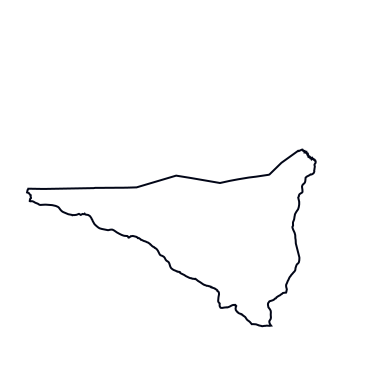 the district of Luangwa, Lusaka, Zambia, rotated 33°
{"feature_id": "96606910B48730551364911", "entity_name": "Luangwa", "entity_type": "district", "adm_level": 2, "iso_a3": "ZMB", "parent_name": "Zambia", "parent_adm1": "Lusaka", "projection": "albers", "projection_center": [30.16, -15.353], "detail": "fine", "context": "isolated", "style": "outline", "palette": "ink", "viewbox_px": 384, "rotation_deg": 33, "n_neighbors": 0, "source": "geoboundaries", "source_scale": "gbopen_adm2", "svg_char_len": 5884}
<svg xmlns="http://www.w3.org/2000/svg" viewBox="0 0 384 384"><g transform="rotate(33 192 192)"><path d="M60.4,287.1L60.9,288.0L61.4,287.9L62.3,287.2L63.4,286.6L64.6,286.4L65.9,286.4L67.2,286.2L69.0,285.8L70.9,285.8L71.5,285.6L72.1,285.3L73.0,284.6L76.0,282.4L81.8,279.2L82.3,279.0L83.4,278.6L85.3,277.9L87.6,277.5L88.8,277.6L91.2,278.5L92.3,278.8L93.5,279.0L94.7,279.0L100.4,278.0L103.8,276.6L104.3,276.7L104.7,276.2L106.2,275.2L107.6,274.0L109.1,271.9L111.2,271.8L112.2,270.0L113.4,269.5L113.7,269.1L113.8,268.7L114.2,268.9L114.8,268.9L115.5,268.7L117.0,268.0L117.6,267.8L119.4,267.8L119.9,267.9L122.2,268.9L122.6,269.3L123.2,269.5L123.1,269.4L123.6,269.7L124.2,270.2L124.7,270.5L127.6,272.0L128.9,272.3L130.7,272.6L132.6,272.8L133.9,272.8L134.5,272.7L136.5,272.1L142.3,269.8L142.7,269.5L143.9,268.2L144.8,267.5L145.8,266.9L147.6,266.7L151.5,266.8L152.4,266.7L154.0,266.6L156.4,266.3L158.2,265.9L159.3,265.5L161.7,264.2L162.3,264.2L163.0,264.4L163.4,264.8L163.6,264.8L163.9,264.6L164.1,264.3L164.3,263.6L164.8,262.7L164.8,262.3L164.9,262.2L165.6,261.8L166.3,261.1L168.3,260.4L169.8,259.9L170.1,260.0L171.0,259.8L171.7,260.2L172.0,260.1L172.2,259.9L172.5,259.6L174.5,259.6L175.2,259.9L175.7,259.7L175.9,259.6L178.3,259.3L180.0,258.8L181.7,258.6L183.0,258.3L183.6,258.4L184.7,258.4L185.3,258.5L185.6,258.7L186.0,258.6L187.6,259.0L189.2,259.1L189.4,259.0L190.4,258.9L191.1,259.2L191.5,259.0L193.1,259.1L193.7,259.2L195.3,259.8L197.9,261.3L198.9,261.9L199.4,262.1L200.5,262.1L201.6,261.8L202.8,261.7L203.6,261.7L204.2,261.8L205.2,262.2L206.7,263.1L208.0,263.5L210.2,263.5L210.9,263.7L211.9,264.3L214.3,266.3L215.3,266.9L216.0,267.2L216.6,267.3L217.9,267.4L219.0,267.4L221.5,266.9L222.4,266.9L222.9,266.6L223.3,266.7L223.5,266.5L223.9,266.4L224.6,266.0L225.3,265.8L225.5,265.8L225.6,266.2L226.9,266.3L231.0,265.8L232.4,265.9L236.6,265.4L237.9,265.0L238.6,264.6L238.8,264.7L240.1,264.3L240.4,264.0L241.7,263.5L241.7,263.3L242.0,263.0L242.8,263.0L245.5,263.3L248.2,263.2L251.0,263.3L252.4,263.3L252.9,263.1L253.4,263.1L253.7,263.0L254.2,262.8L255.4,262.7L255.7,262.5L256.1,262.2L256.6,262.0L257.0,262.0L257.8,261.6L258.9,261.4L259.2,261.5L259.7,261.5L259.7,261.2L260.5,261.3L260.9,261.2L261.1,261.0L261.4,261.1L262.5,260.8L263.2,260.6L264.1,260.5L264.5,260.7L265.6,260.5L265.9,260.6L266.4,260.6L266.8,261.0L267.0,260.9L267.1,261.0L267.3,261.0L267.6,261.2L267.8,261.2L268.9,261.4L269.6,262.0L270.4,263.1L271.5,265.8L273.2,269.0L273.6,269.5L274.2,269.9L274.6,270.1L275.9,270.4L276.1,270.6L276.7,271.8L277.7,272.9L279.0,273.5L280.3,272.9L282.5,270.9L283.6,270.1L284.0,269.7L284.3,269.7L285.0,269.0L286.0,267.6L286.9,265.9L287.6,264.8L288.7,263.8L289.4,263.4L289.7,263.5L289.6,263.3L289.8,263.1L291.2,263.5L291.5,264.8L292.0,266.0L293.0,267.1L294.2,267.6L295.3,267.8L295.5,268.0L295.9,267.9L296.8,268.2L298.2,268.0L299.5,267.6L300.0,267.5L300.3,267.8L301.1,267.5L302.1,267.8L303.5,267.8L304.8,267.9L307.3,269.0L308.1,269.2L309.2,269.3L310.1,269.3L311.5,269.5L314.1,270.3L314.9,269.7L317.6,268.2L318.5,267.9L319.3,267.8L319.8,267.6L320.6,267.5L320.7,267.4L321.0,267.4L322.9,266.6L323.2,266.6L324.0,266.3L325.8,264.7L326.2,264.5L327.4,263.4L329.9,262.0L331.1,261.0L330.2,260.7L329.0,260.1L328.0,259.3L327.2,258.2L327.1,255.5L326.5,254.2L324.9,252.1L323.5,249.7L322.6,248.7L321.7,248.2L321.4,248.0L318.9,247.1L317.1,245.2L316.4,243.9L316.5,241.5L318.3,239.3L318.9,238.5L319.4,237.5L319.6,236.3L320.2,235.6L320.3,234.9L320.2,234.5L320.3,234.2L321.2,232.1L322.0,230.8L322.5,229.3L323.0,228.3L323.2,227.3L324.1,226.4L325.0,225.7L325.7,225.1L325.5,224.4L324.5,221.9L323.9,221.4L322.6,220.2L321.6,218.8L321.4,218.0L321.2,216.4L320.8,214.6L320.7,213.0L320.4,211.4L320.3,209.9L320.5,208.6L320.4,208.0L320.8,205.4L320.9,204.3L321.2,202.9L321.2,201.6L321.0,200.9L320.2,199.3L319.5,196.6L319.4,195.5L319.9,193.9L319.9,192.7L319.2,190.9L318.1,189.0L317.6,188.3L307.1,178.6L305.0,175.7L303.7,174.3L302.4,172.4L301.7,171.6L300.1,170.2L299.1,169.6L297.2,168.4L295.7,167.2L295.2,166.5L295.1,165.4L295.1,165.2L293.9,163.5L293.3,162.6L293.1,162.0L292.8,160.4L292.5,159.2L291.4,156.8L291.0,155.7L290.5,154.7L290.3,152.4L290.3,150.3L290.4,148.8L289.8,146.6L288.8,144.3L288.2,143.3L287.5,142.3L287.4,142.0L284.1,138.8L284.0,137.5L283.5,136.6L283.4,135.2L283.7,134.4L284.5,132.8L284.6,132.5L284.6,131.7L283.4,130.0L281.4,127.7L281.1,127.0L280.9,125.9L281.0,125.0L281.3,124.1L281.5,122.9L281.4,122.1L281.0,121.0L280.0,119.1L279.5,118.2L279.5,117.9L280.0,116.3L280.8,115.0L281.2,114.2L281.5,113.8L281.8,112.7L282.5,112.4L283.1,111.6L283.5,110.7L283.7,110.0L283.7,109.6L283.6,109.3L283.6,108.9L283.5,108.5L283.3,108.0L282.8,107.5L282.3,106.2L282.1,105.9L281.2,103.8L280.0,102.6L279.8,102.2L279.7,101.1L279.8,100.6L279.6,99.9L279.1,99.1L278.8,99.1L278.7,98.8L278.2,98.4L277.7,98.5L277.4,98.3L277.1,98.6L276.7,98.6L276.4,98.5L276.0,98.1L275.7,98.3L275.7,98.6L275.4,98.7L274.6,98.0L274.3,98.0L274.0,97.8L273.9,97.9L274.2,98.6L274.2,99.2L273.7,98.8L273.3,98.9L273.0,99.2L272.6,98.9L272.1,99.0L271.8,98.6L271.6,98.6L271.5,99.0L271.4,99.1L271.1,99.1L271.3,98.8L271.1,98.6L271.2,98.2L269.5,98.3L269.4,98.0L269.2,98.0L269.2,97.7L268.8,97.3L268.5,97.8L268.3,97.7L268.1,97.4L268.2,97.1L268.1,96.8L267.8,96.6L267.6,96.7L267.5,97.2L266.8,96.7L266.1,96.6L265.9,96.0L265.7,96.1L265.4,96.2L265.5,96.5L265.8,97.1L265.6,97.1L265.2,96.9L264.8,97.5L264.3,96.9L264.4,96.6L264.0,96.3L263.8,96.5L263.9,96.8L263.7,96.9L263.3,96.7L262.9,96.8L262.9,96.6L262.2,96.6L261.9,96.4L261.7,96.3L261.4,96.5L261.2,96.5L259.2,99.6L258.6,99.6L251.1,118.8L247.4,135.2L246.7,136.0L237.3,144.3L231.8,148.9L223.8,156.2L217.7,162.0L210.6,169.2L183.6,180.8L169.8,186.9L143.0,218.3L134.5,224.2L108.4,241.4L107.4,242.3L66.0,270.2L52.9,278.4L53.1,279.2L53.0,279.8L53.9,282.2L54.6,282.0L55.0,282.0L56.0,281.8L57.5,282.5L58.0,282.5L58.5,282.5L59.2,283.8L60.1,284.5L60.3,284.9L60.0,285.8L60.3,286.5L60.4,287.1Z" fill="none" stroke="#020617" stroke-width="2"/></g></svg>